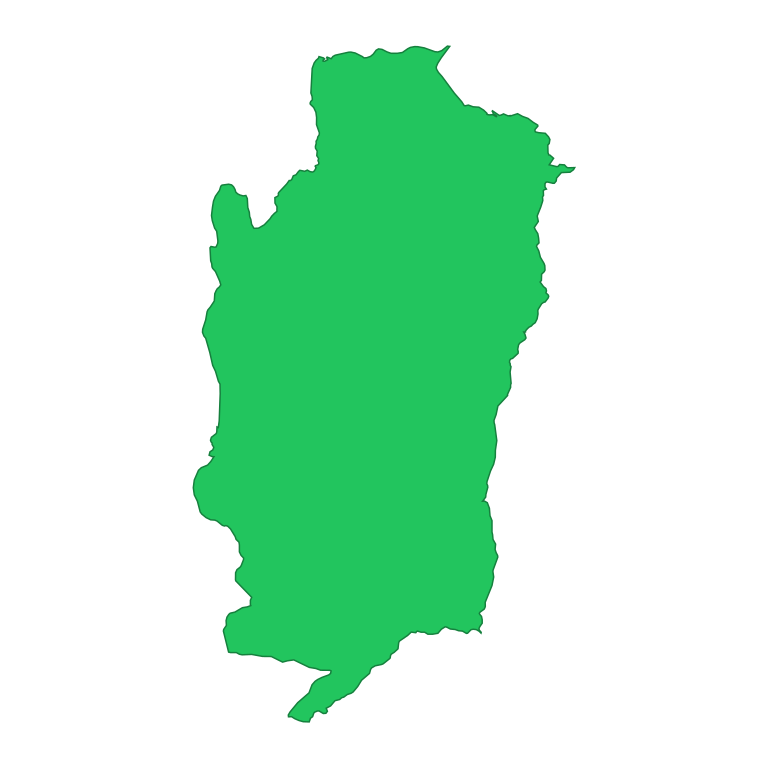 outline of Sibaté, Cundinamarca, Colombia
{"feature_id": "7082276B14129572791047", "entity_name": "Sibaté", "entity_type": "district", "adm_level": 2, "iso_a3": "COL", "parent_name": "Colombia", "parent_adm1": "Cundinamarca", "projection": "mercator", "projection_center": [-74.26, 4.462], "detail": "fine", "context": "isolated", "style": "filled", "palette": "green", "viewbox_px": 768, "rotation_deg": 0, "n_neighbors": 0, "source": "geoboundaries", "source_scale": "gbopen_adm2", "svg_char_len": 6068}
<svg xmlns="http://www.w3.org/2000/svg" viewBox="0 0 768 768"><path d="M481.0,633.1L481.2,632.3L479.4,630.2L478.9,628.9L479.7,626.8L482.2,623.2L482.2,619.8L481.5,616.4L479.7,614.3L479.3,613.3L480.0,612.2L484.2,609.1L485.0,607.4L485.3,606.3L485.2,602.3L492.0,585.5L493.7,577.0L492.9,571.6L493.1,570.0L497.8,557.1L497.6,555.5L496.1,552.6L495.1,549.5L495.6,544.1L493.0,539.4L492.6,534.7L492.0,532.1L492.0,520.7L490.0,515.7L489.4,508.3L487.3,502.7L484.5,501.1L482.6,501.2L485.7,497.1L485.9,494.4L487.8,487.3L487.6,485.4L486.8,483.9L487.0,481.6L490.5,471.0L493.6,464.3L495.3,457.2L495.4,450.2L496.8,440.6L494.7,424.7L494.1,422.7L494.0,420.3L496.1,414.6L497.9,406.0L507.6,395.5L507.5,394.4L510.6,387.4L510.6,384.8L511.1,383.4L510.1,372.0L511.0,366.7L510.3,365.4L510.1,363.3L509.5,362.5L509.7,360.3L510.9,358.9L512.6,358.4L518.1,353.3L518.2,351.7L517.7,349.3L518.6,344.7L520.0,342.9L524.8,339.7L526.0,338.0L524.9,334.1L523.7,332.0L525.5,332.0L525.6,330.8L527.5,328.6L529.1,327.1L531.4,326.0L532.8,324.4L535.2,322.7L537.1,318.9L538.0,314.0L537.8,310.5L538.3,309.1L541.7,303.7L543.7,302.3L545.1,302.0L548.1,298.1L548.7,296.4L548.3,295.1L545.9,292.8L546.5,290.9L545.9,288.5L543.5,286.6L540.1,282.0L541.4,280.5L541.6,274.2L544.2,271.7L545.0,270.1L544.8,265.6L544.0,263.4L540.4,257.3L538.8,251.0L536.5,246.4L536.9,245.1L539.0,242.9L538.6,238.1L537.8,233.7L535.3,229.7L534.3,227.4L538.3,221.5L537.2,216.0L540.7,207.2L542.5,201.6L542.8,200.3L542.5,196.9L543.5,195.5L543.3,190.7L544.3,189.7L546.4,189.1L545.0,186.9L545.0,183.6L546.1,182.2L547.5,182.0L553.0,183.3L554.4,183.2L556.2,181.0L556.6,178.0L561.4,172.6L570.1,172.2L573.5,169.7L574.7,167.6L567.9,167.8L566.6,167.2L564.5,164.9L559.7,164.5L558.1,166.4L556.6,166.6L549.2,164.8L553.6,158.3L549.9,155.1L548.9,155.0L548.0,152.8L547.8,145.1L549.2,143.5L549.9,139.5L548.5,136.8L545.3,133.3L538.8,132.7L535.4,131.9L534.9,130.6L535.1,129.4L537.9,126.1L537.7,125.1L533.0,122.2L528.0,118.4L522.5,116.4L517.6,113.7L510.4,116.0L510.0,116.0L510.0,115.6L508.1,115.9L503.5,113.9L501.0,115.1L499.2,115.4L492.5,110.8L492.2,111.2L492.7,111.7L493.4,114.4L494.8,114.6L496.2,115.7L496.6,116.3L496.2,116.7L492.9,114.7L489.2,114.9L487.2,114.5L486.8,114.2L487.0,113.4L483.6,110.1L478.9,107.2L473.1,106.8L468.4,105.1L465.2,105.8L464.2,105.6L461.7,101.7L454.2,93.0L442.1,76.6L438.4,72.4L436.5,69.1L436.2,67.0L437.8,63.2L441.3,57.7L449.7,46.4L447.4,46.1L441.8,50.6L437.9,52.0L434.9,51.7L424.3,47.9L417.7,46.7L414.7,46.6L410.4,47.4L407.8,48.7L402.4,52.5L397.3,53.3L391.0,53.3L387.0,51.9L382.1,49.4L378.5,48.9L376.2,50.2L373.2,54.2L370.5,56.4L366.8,57.7L364.0,57.9L362.4,56.6L355.2,53.0L350.9,52.1L348.6,52.2L335.2,55.2L332.9,56.5L331.2,58.7L327.1,57.1L326.7,57.7L327.7,59.7L324.9,61.2L323.8,61.3L323.0,61.1L323.0,60.2L324.6,58.9L323.4,57.9L319.0,56.6L318.4,58.3L316.1,60.3L314.2,62.9L312.2,68.4L310.9,93.0L312.1,96.5L312.3,99.1L312.2,100.0L310.8,101.4L310.1,103.1L310.3,104.2L313.7,107.5L315.9,112.2L316.6,117.5L316.5,124.6L319.4,132.9L319.1,135.0L317.8,136.9L317.3,139.3L316.1,141.2L316.2,143.5L315.4,146.3L315.5,148.2L317.2,151.0L316.8,155.7L318.6,158.4L318.0,160.7L318.7,162.2L318.8,163.8L317.7,164.9L315.4,165.7L315.2,166.4L316.0,167.6L315.3,169.4L314.0,171.3L312.5,172.1L310.0,171.6L307.3,170.1L304.8,171.3L299.8,170.3L298.5,171.5L296.0,174.8L293.3,175.8L291.7,179.6L290.3,180.6L289.2,180.5L286.7,184.0L278.9,192.3L278.3,193.3L278.4,195.2L277.7,196.2L274.9,197.6L275.0,203.1L277.0,206.6L276.9,211.4L274.4,213.4L271.7,216.2L270.1,218.7L264.3,224.8L258.4,228.2L253.9,228.3L251.6,224.3L250.8,219.4L249.7,216.6L249.3,212.2L247.8,207.6L247.3,198.5L245.9,195.5L243.2,195.9L239.9,195.0L237.6,193.8L235.8,192.1L235.0,189.4L233.5,186.7L231.6,184.9L228.7,184.2L222.0,185.1L220.8,186.2L219.5,190.4L215.4,196.3L213.5,201.1L212.5,207.1L211.5,215.5L212.3,220.7L214.6,228.0L216.7,231.3L217.9,241.0L217.7,243.4L216.1,246.9L214.7,247.2L211.0,246.5L210.0,247.8L210.7,260.8L211.7,263.6L212.0,266.9L212.7,268.4L215.5,271.6L219.7,281.1L220.8,284.9L219.3,287.0L217.3,288.7L216.1,290.7L214.8,293.7L214.3,301.0L210.2,307.2L207.9,309.9L207.1,311.8L205.7,319.9L202.7,329.2L202.5,332.3L203.9,336.0L205.7,338.2L209.8,352.5L212.7,365.4L215.5,371.3L218.4,381.2L220.0,384.1L220.2,393.7L219.2,421.0L218.3,427.5L217.0,426.9L216.8,431.7L216.3,433.5L211.4,437.3L210.5,440.2L211.1,441.9L212.1,443.0L212.1,444.6L213.8,447.3L212.8,449.9L210.0,451.8L209.1,455.2L212.2,456.6L213.9,456.7L210.9,461.4L207.6,465.1L201.3,467.7L198.5,470.3L194.3,480.0L193.3,487.7L194.3,494.9L197.4,501.2L200.2,511.9L201.8,514.1L206.1,517.6L210.6,519.8L214.8,520.1L217.0,521.0L222.3,525.3L224.4,526.0L225.9,525.6L227.7,526.2L230.5,528.9L235.2,536.6L236.1,539.4L239.0,542.2L239.4,545.0L239.4,551.9L241.1,555.4L243.6,558.0L243.5,559.7L241.2,565.6L240.2,567.1L237.0,569.6L235.6,572.7L235.5,579.8L235.8,580.9L251.7,597.3L250.4,600.3L250.4,604.6L250.8,605.6L247.2,606.9L242.4,607.7L234.9,612.1L230.2,613.2L228.8,614.4L227.0,617.1L226.1,620.6L226.4,625.4L223.7,629.4L223.4,631.1L228.6,652.1L230.6,652.6L236.4,652.6L239.3,654.2L242.1,654.8L251.6,654.4L262.6,656.4L271.3,656.5L282.6,662.1L287.4,660.8L293.8,659.9L309.3,667.4L315.9,668.5L320.6,670.2L329.9,670.3L331.1,670.9L330.6,673.4L328.8,674.9L322.0,677.4L317.7,679.5L315.1,681.3L312.1,684.7L309.0,692.9L297.7,702.7L290.1,711.9L288.3,715.0L288.5,716.8L291.6,716.7L294.8,718.7L299.0,720.5L303.2,721.7L309.2,721.9L310.5,718.2L312.6,716.7L313.8,713.1L314.6,712.2L317.4,711.0L319.1,711.0L323.3,713.5L325.9,713.3L327.4,711.3L326.2,708.2L330.6,705.9L335.0,700.7L339.7,699.5L341.7,697.7L343.8,697.1L347.3,694.5L351.0,693.3L353.1,692.0L357.7,686.5L361.6,680.2L369.5,673.4L370.6,669.4L371.6,667.9L375.2,665.8L381.5,664.5L383.2,663.8L389.7,658.6L390.2,657.9L390.5,655.7L391.2,654.2L394.2,652.3L398.0,648.8L398.7,642.6L399.4,641.1L407.8,635.3L411.2,632.1L415.8,632.7L416.6,631.5L417.5,631.1L421.1,632.2L424.6,632.2L427.9,634.2L432.6,634.2L437.9,633.3L441.4,629.2L445.2,626.8L446.9,627.2L450.3,629.0L455.2,629.5L458.5,630.7L462.5,631.1L466.4,633.4L467.6,633.2L471.0,629.7L473.2,629.2L476.3,629.6L479.1,631.2L481.0,633.1Z" fill="#22c55e" stroke="#15803d" stroke-width="1.5"/></svg>